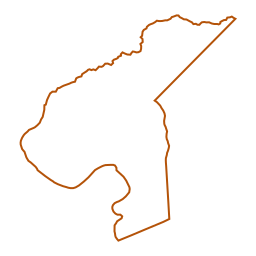 the district of Petrolândia, Pernambuco, Brazil
{"feature_id": "56859067B45714966424810", "entity_name": "Petrolândia", "entity_type": "district", "adm_level": 2, "iso_a3": "BRA", "parent_name": "Brazil", "parent_adm1": "Pernambuco", "projection": "albers", "projection_center": [-38.304, -8.913], "detail": "fine", "context": "isolated", "style": "outline", "palette": "amber", "viewbox_px": 256, "rotation_deg": 0, "n_neighbors": 0, "source": "geoboundaries", "source_scale": "gbopen_adm2", "svg_char_len": 2605}
<svg xmlns="http://www.w3.org/2000/svg" viewBox="0 0 256 256"><path d="M44.4,105.2L44.3,109.8L42.7,116.9L41.1,119.4L39.8,122.7L37.4,125.2L35.0,127.2L33.7,127.9L29.0,129.9L27.6,131.5L24.8,133.9L23.7,135.2L22.1,137.8L20.9,140.7L20.6,142.7L20.7,144.6L22.1,149.0L23.4,150.6L24.5,151.8L26.4,157.4L28.4,160.8L30.8,162.5L35.6,166.8L37.0,168.7L37.6,170.2L45.1,176.0L47.8,177.9L50.8,180.0L53.1,181.4L54.1,182.3L57.9,184.2L63.1,186.2L66.4,187.1L68.2,187.7L70.4,188.1L73.3,188.1L75.6,187.4L78.9,185.5L83.9,181.5L88.5,177.3L95.0,170.1L98.0,168.3L101.7,166.4L103.6,165.6L105.5,165.1L109.8,164.9L113.4,164.9L115.0,165.5L116.4,167.7L116.5,170.3L123.5,176.7L126.2,180.6L128.7,185.7L129.4,187.1L129.7,189.0L129.2,192.3L125.9,196.3L122.7,199.1L118.7,201.4L116.9,202.0L114.6,203.2L112.9,205.2L112.3,207.0L112.4,208.9L113.5,211.6L115.4,213.6L117.5,214.7L120.4,214.7L122.2,216.3L121.6,218.3L117.1,221.3L116.1,223.2L114.6,225.3L114.5,231.3L115.0,233.5L115.3,235.8L115.7,237.1L116.9,238.8L118.4,240.6L121.3,239.4L131.1,235.4L145.8,229.2L163.3,221.9L169.3,219.0L168.3,201.6L166.3,168.4L166.2,166.6L165.9,162.6L165.8,160.2L165.9,158.1L166.4,156.4L166.8,155.0L167.1,152.9L168.0,150.7L168.8,147.8L169.1,145.8L168.1,143.1L167.7,141.1L166.8,139.2L166.4,136.9L166.6,133.8L167.1,131.4L166.2,128.8L165.5,126.6L164.8,125.4L164.3,123.9L164.1,120.9L165.0,115.9L164.5,113.4L163.2,110.5L161.6,108.2L160.2,105.6L156.9,102.1L154.7,100.6L204.9,49.7L220.1,34.3L235.4,18.8L233.5,17.8L231.8,16.6L230.0,17.3L227.3,17.6L226.2,19.9L223.9,20.1L221.9,21.1L220.4,22.0L220.2,23.5L218.7,24.4L217.3,24.0L214.2,24.0L211.8,23.5L209.1,22.3L206.5,22.4L204.2,22.0L201.9,22.3L200.6,23.4L199.4,24.8L197.4,24.7L195.9,23.8L193.4,24.1L191.9,22.3L189.8,21.3L186.5,19.5L183.8,19.3L182.1,18.3L179.7,17.1L178.5,15.5L176.6,15.4L173.5,16.6L171.8,17.1L170.5,18.8L167.3,20.3L165.4,20.3L162.0,21.0L159.0,21.1L156.9,20.7L155.0,22.2L152.7,23.5L150.9,24.1L149.1,24.9L146.9,26.8L146.5,28.4L143.8,29.9L142.6,31.7L142.1,35.8L140.7,37.2L142.5,39.0L142.7,42.0L140.4,44.0L141.2,46.0L141.1,48.8L140.5,51.1L138.4,52.2L136.4,52.4L134.5,51.8L132.8,51.5L131.5,52.9L130.4,54.7L127.3,54.5L125.0,53.6L122.5,52.4L120.8,54.3L121.0,55.7L118.2,56.8L117.8,58.0L116.4,58.8L113.9,59.7L112.5,61.1L113.1,63.1L111.1,65.0L107.8,63.6L105.2,63.7L103.0,66.1L101.6,66.8L98.9,66.6L97.7,68.1L95.6,70.2L93.3,69.4L91.4,70.1L89.6,69.3L88.1,69.8L86.8,71.1L82.2,74.1L81.4,76.4L78.9,77.0L77.4,77.6L76.2,78.4L75.0,81.7L72.8,82.2L71.3,82.7L69.5,83.6L63.6,85.7L61.6,86.7L59.6,87.9L57.7,88.2L55.8,91.7L52.4,91.7L50.1,93.5L48.4,97.0L47.0,100.1L45.8,104.6L44.4,105.2Z" fill="none" stroke="#b45309" stroke-width="2"/></svg>